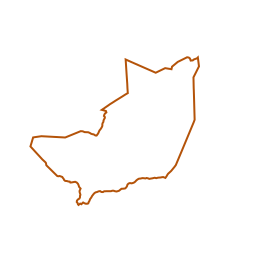 Riachão do Jacuípe, Bahia, Brazil (Equal Earth projection), rotated 62°
{"feature_id": "56859067B71241213930748", "entity_name": "Riachão do Jacuípe", "entity_type": "district", "adm_level": 2, "iso_a3": "BRA", "parent_name": "Brazil", "parent_adm1": "Bahia", "projection": "equal_earth", "projection_center": [-39.393, -11.797], "detail": "fine", "context": "isolated", "style": "outline", "palette": "amber", "viewbox_px": 256, "rotation_deg": 62, "n_neighbors": 0, "source": "geoboundaries", "source_scale": "gbopen_adm2", "svg_char_len": 2413}
<svg xmlns="http://www.w3.org/2000/svg" viewBox="0 0 256 256"><g transform="rotate(62 128 128)"><path d="M189.6,118.4L188.7,116.6L187.8,115.2L187.2,114.0L186.7,112.0L186.2,110.1L184.2,105.3L183.2,103.2L175.2,93.4L174.4,92.4L167.5,84.0L153.7,67.2L152.0,65.3L133.5,56.1L125.6,52.2L123.9,51.4L114.0,46.4L111.6,43.0L106.9,36.4L98.5,33.2L98.9,34.5L98.6,36.2L98.4,37.5L98.7,39.1L97.9,41.0L96.6,40.8L95.6,40.7L94.3,41.3L93.3,42.6L93.0,53.1L93.9,57.4L94.5,60.3L96.5,62.0L92.6,67.1L92.2,77.6L88.5,80.5L71.3,94.1L70.0,95.1L66.4,97.9L80.1,104.1L88.6,107.9L92.8,109.9L97.1,111.8L97.2,114.6L97.5,118.3L97.8,122.9L98.0,126.1L98.2,128.2L98.4,130.8L98.5,132.5L98.7,134.0L99.7,142.6L101.0,141.2L102.7,139.5L104.1,139.8L104.4,141.6L105.1,142.6L106.1,143.6L107.5,143.3L108.3,143.8L109.1,145.1L109.9,146.1L111.0,146.8L111.9,148.3L112.8,149.0L114.0,149.6L114.8,150.5L115.6,151.8L116.2,152.9L116.7,154.2L117.4,155.2L118.3,156.2L119.1,157.5L119.9,159.3L119.3,160.3L117.5,161.3L116.7,162.4L115.6,163.4L114.5,164.0L113.1,165.1L111.3,168.2L109.7,169.5L108.6,171.2L106.9,187.9L94.6,208.3L92.4,214.4L91.8,216.2L98.5,222.8L115.5,218.4L119.5,217.0L120.5,216.9L121.6,217.3L122.6,217.6L137.2,213.0L137.9,212.2L138.3,210.9L139.5,209.8L140.4,209.0L141.3,209.0L142.5,208.7L143.9,208.8L145.2,208.3L146.2,206.8L147.4,205.6L148.0,204.6L149.1,204.5L149.6,203.3L150.1,201.7L150.7,199.9L152.0,198.9L153.7,198.4L155.5,198.5L156.8,198.8L157.7,198.7L159.2,198.3L160.1,199.4L160.9,200.4L162.2,200.9L163.4,201.1L164.7,201.4L165.4,202.3L166.5,202.8L167.5,204.0L167.6,205.8L168.2,207.2L169.3,208.0L170.5,207.7L171.8,208.0L172.7,207.8L172.3,205.7L173.4,204.9L173.0,203.8L172.7,202.6L173.7,202.0L174.9,201.0L175.7,199.6L175.9,198.5L174.9,197.4L174.2,196.2L173.0,194.9L172.1,193.0L171.2,191.7L170.3,189.7L169.8,188.4L169.6,186.9L170.0,185.3L170.1,183.8L170.6,182.3L172.0,181.5L172.8,180.2L172.7,178.7L173.5,177.1L174.3,175.5L175.2,173.9L175.8,172.7L176.0,171.4L176.7,170.1L177.7,169.2L178.7,167.9L179.0,166.5L179.2,165.3L178.9,163.9L178.6,162.3L179.4,160.6L180.0,159.0L179.7,157.6L178.9,156.2L177.7,155.0L177.3,153.6L177.5,152.2L178.6,150.7L179.0,148.7L178.8,146.9L178.2,145.3L177.9,143.6L177.9,142.1L178.5,140.7L179.0,138.8L179.9,137.4L180.7,136.3L180.9,135.0L182.0,133.8L182.9,133.1L183.3,131.8L183.9,130.0L184.5,127.7L185.5,126.7L186.0,124.7L186.9,122.7L187.3,121.4L187.8,120.0L188.6,119.3L189.6,118.4Z" fill="none" stroke="#b45309" stroke-width="2"/></g></svg>